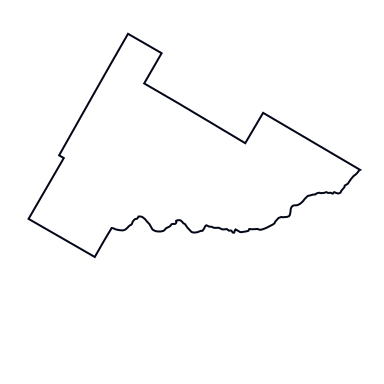 Burnett, Wisconsin, United States of America, rotated 210°
{"feature_id": "52423323B90647147218833", "entity_name": "Burnett", "entity_type": "district", "adm_level": 2, "iso_a3": "USA", "parent_name": "United States of America", "parent_adm1": "Wisconsin", "projection": "equal_earth", "projection_center": [-92.579, 45.899], "detail": "fine", "context": "isolated", "style": "outline", "palette": "ink", "viewbox_px": 384, "rotation_deg": 210, "n_neighbors": 0, "source": "geoboundaries", "source_scale": "gbopen_adm2", "svg_char_len": 2141}
<svg xmlns="http://www.w3.org/2000/svg" viewBox="0 0 384 384"><g transform="rotate(210 192 192)"><path d="M57.5,295.2L170.0,296.1L170.3,260.9L247.1,262.0L287.7,262.1L287.7,297.0L326.5,297.0L326.4,262.2L326.1,225.7L325.4,157.3L320.0,157.3L320.1,87.0L243.7,87.1L243.8,104.7L243.6,119.0L243.6,120.6L242.2,121.2L239.7,121.4L235.7,122.7L233.0,124.0L232.4,124.4L231.5,125.4L230.7,126.7L229.8,129.6L229.7,130.5L228.9,132.4L228.2,133.4L228.1,134.2L228.5,136.8L228.1,139.2L227.9,139.7L227.3,140.5L226.4,141.2L226.1,141.9L226.0,143.1L226.1,143.9L225.6,144.4L223.6,145.3L222.3,145.5L219.0,145.0L216.2,143.9L212.8,142.9L207.9,140.0L207.1,139.7L204.0,139.9L201.5,140.9L199.3,142.2L197.2,144.2L196.6,146.0L196.6,147.1L194.9,149.9L194.3,150.6L193.9,151.7L193.7,152.3L193.7,153.6L192.8,154.7L190.9,155.7L190.3,156.8L190.4,157.9L190.6,158.3L191.3,158.8L191.3,159.1L190.3,160.4L188.7,161.4L187.7,161.7L185.6,161.3L183.9,160.6L182.0,160.7L178.3,158.9L173.0,157.3L172.2,157.2L170.6,157.6L169.6,158.1L167.3,159.8L164.8,162.9L163.9,163.3L163.5,163.7L163.2,166.7L163.5,168.2L163.1,170.1L162.8,170.4L159.9,170.6L157.3,171.8L155.6,171.8L153.9,172.6L150.9,174.4L147.0,174.8L145.2,175.9L144.4,176.5L143.3,177.3L140.7,177.0L139.1,178.1L138.6,178.2L136.4,177.3L135.6,177.5L135.3,177.7L135.2,178.1L135.7,180.8L135.5,181.4L130.2,181.4L129.1,182.0L125.7,184.7L123.9,186.4L123.7,186.9L124.0,188.3L123.7,188.7L121.4,189.7L116.7,192.8L115.4,192.9L114.0,193.4L112.5,194.7L109.8,197.9L105.7,204.3L104.9,206.2L105.1,207.9L104.1,212.6L103.8,213.1L102.1,215.1L101.0,215.4L97.7,217.6L97.0,218.2L95.9,219.6L95.8,220.8L96.0,221.8L97.0,224.6L97.5,225.6L98.2,227.3L98.2,229.2L97.9,230.3L97.0,231.4L94.9,232.7L93.8,233.8L92.4,236.0L91.4,239.0L90.8,242.8L89.8,246.4L85.4,250.7L84.1,251.4L83.7,252.3L83.3,253.2L81.9,254.6L80.9,255.2L79.8,255.4L76.8,257.6L75.9,258.8L75.3,259.1L73.7,259.2L72.1,260.3L71.4,260.7L69.6,260.8L69.1,261.3L69.1,262.6L68.9,262.8L68.2,263.1L65.3,263.5L64.3,264.1L63.2,265.4L63.1,266.4L63.3,267.7L62.4,272.6L62.9,273.6L62.9,273.9L61.2,277.0L60.8,282.6L60.1,286.5L59.0,289.0L58.5,290.9L58.0,294.5L57.5,295.2Z" fill="none" stroke="#020617" stroke-width="2"/></g></svg>